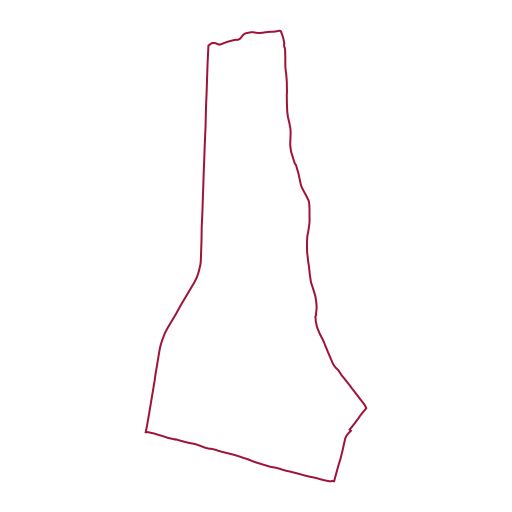 outline of Huai Khwang, Bangkok Metropolis, Thailand
{"feature_id": "78962969B70795195201443", "entity_name": "Huai Khwang", "entity_type": "district", "adm_level": 2, "iso_a3": "THA", "parent_name": "Thailand", "parent_adm1": "Bangkok Metropolis", "projection": "equal_earth", "projection_center": [100.586, 13.772], "detail": "fine", "context": "isolated", "style": "outline", "palette": "rose", "viewbox_px": 512, "rotation_deg": 0, "n_neighbors": 0, "source": "geoboundaries", "source_scale": "gbopen_adm2", "svg_char_len": 5563}
<svg xmlns="http://www.w3.org/2000/svg" viewBox="0 0 512 512"><path d="M366.3,408.1L364.5,404.6L360.5,399.5L351.4,387.7L349.3,384.8L344.9,379.3L341.4,375.0L340.7,373.8L338.4,370.3L338.0,370.0L337.7,369.6L335.9,367.9L335.5,367.5L334.6,366.3L334.3,365.9L333.5,364.6L332.9,363.6L332.5,362.8L332.5,362.7L328.2,352.7L327.0,349.7L326.3,348.0L325.8,347.0L324.4,343.3L323.2,340.5L323.0,340.1L319.9,334.1L319.4,332.9L317.5,328.5L316.9,326.5L316.6,325.4L316.2,323.1L315.8,321.6L315.8,321.4L315.7,320.0L315.7,319.4L315.7,318.8L315.6,318.6L315.4,317.6L315.4,317.4L315.4,317.1L315.4,316.9L315.4,316.5L315.5,316.4L315.6,316.2L315.8,315.8L316.0,315.4L316.1,315.2L316.0,313.9L316.3,311.6L316.5,309.6L316.5,309.2L316.6,306.7L316.6,306.0L316.5,305.2L316.2,301.9L315.9,299.6L315.3,296.1L314.8,294.3L312.8,287.8L311.3,283.3L310.7,281.1L310.7,280.6L309.8,274.3L309.1,267.8L309.0,266.9L308.2,261.7L308.0,260.2L307.8,257.8L307.1,252.4L307.0,247.2L307.0,244.3L307.0,242.8L307.0,242.1L307.0,241.6L307.3,236.7L307.4,235.4L307.7,234.4L307.8,233.8L307.8,233.7L308.1,232.5L308.2,232.2L308.2,231.7L308.8,227.7L309.4,223.6L309.6,219.6L309.5,216.6L309.5,215.8L309.5,215.1L309.5,209.3L309.4,206.9L309.4,206.0L309.1,203.0L309.1,202.9L308.9,201.7L308.7,200.8L308.6,200.5L307.5,198.3L306.1,195.5L304.3,192.2L302.8,189.4L301.6,187.0L301.0,185.1L300.7,184.1L299.6,178.9L298.4,173.3L297.9,171.4L297.5,170.3L296.3,166.1L296.1,165.4L295.9,165.0L295.7,164.8L295.2,164.1L295.1,163.9L295.0,163.7L294.8,163.4L294.7,163.2L293.1,158.3L293.1,158.1L292.6,156.6L291.4,152.8L291.1,151.5L290.9,150.5L290.7,149.0L290.4,147.0L290.3,146.0L290.3,145.5L290.2,145.2L290.2,144.3L290.2,143.8L290.4,138.9L290.6,133.5L290.6,131.7L290.6,130.8L290.2,127.3L290.1,126.9L289.4,123.2L289.0,121.5L288.0,117.4L287.8,116.1L287.6,114.4L287.3,112.0L287.2,110.8L286.9,102.9L286.8,97.2L286.8,96.8L286.8,94.0L287.0,92.4L286.9,87.9L286.8,81.7L286.2,74.0L285.9,71.9L285.7,70.4L285.6,69.5L285.5,67.9L285.3,66.1L285.3,65.4L285.3,64.7L285.3,62.9L285.3,61.7L285.3,57.6L285.2,54.2L285.2,51.3L285.1,50.8L284.9,48.5L284.9,48.2L284.6,47.6L284.4,47.3L284.3,47.0L284.2,46.3L284.1,45.3L284.1,44.6L284.2,42.8L284.2,42.7L284.0,41.8L283.7,40.1L283.0,37.3L281.8,33.5L281.3,32.7L281.2,32.3L281.1,32.0L281.1,31.7L280.5,31.0L279.9,30.8L279.7,30.7L279.3,30.8L279.1,30.8L275.3,31.5L275.1,31.6L274.6,31.6L274.3,31.6L274.0,31.7L273.5,31.7L270.6,31.8L268.4,31.9L267.6,32.0L266.5,32.2L265.9,32.2L262.2,32.8L259.4,33.0L257.6,32.9L256.1,32.8L253.7,32.3L252.8,32.2L251.5,32.2L246.5,33.1L246.3,33.1L245.9,33.3L245.6,33.4L244.7,33.8L244.4,34.0L243.7,34.5L242.3,35.9L241.0,37.7L240.8,37.8L239.7,39.0L238.5,39.5L238.4,39.6L238.2,39.7L238.0,39.8L237.8,39.8L237.7,39.8L235.6,39.8L235.4,39.8L232.0,40.6L231.0,40.8L226.8,42.0L221.9,43.9L221.4,44.1L219.4,44.6L219.2,44.7L218.5,44.4L217.9,44.1L217.3,43.9L216.5,43.6L216.4,43.5L215.4,43.2L215.1,43.1L214.7,43.1L212.8,43.0L212.1,43.1L211.7,43.2L211.4,43.4L210.4,44.1L209.9,44.5L208.4,45.6L208.4,46.1L207.6,62.8L207.1,77.3L207.0,79.8L207.0,81.0L206.6,92.7L206.0,107.3L205.5,128.0L205.1,136.1L204.7,146.5L204.2,160.1L203.7,172.8L203.3,186.1L202.9,196.4L202.4,212.3L201.7,227.0L201.5,240.5L201.3,246.5L200.9,258.6L200.7,262.0L200.4,264.8L199.4,268.9L198.4,272.9L196.8,277.4L194.4,282.3L189.0,291.4L181.9,303.3L175.9,314.1L168.4,326.6L166.7,329.6L164.9,333.1L162.6,339.1L160.9,344.2L160.4,346.2L160.3,346.4L159.5,350.4L158.2,358.2L155.3,375.5L154.8,379.6L149.2,413.2L146.8,426.8L145.7,432.2L146.6,432.3L147.4,432.2L147.8,432.1L148.6,432.3L149.6,432.5L151.8,433.0L152.0,433.1L152.7,433.2L153.1,433.3L153.4,433.3L154.4,433.6L157.6,434.6L158.2,434.8L162.4,436.0L167.4,437.7L168.6,438.1L170.7,438.5L171.9,438.8L172.3,438.8L172.7,438.9L174.0,439.2L174.2,439.3L174.7,439.4L175.1,439.5L175.4,439.6L175.5,439.6L175.8,439.3L176.0,439.4L176.3,439.5L176.5,439.5L177.6,439.9L185.2,442.0L185.7,442.1L185.9,442.2L186.6,442.3L188.5,442.8L193.9,443.8L194.0,443.9L194.7,444.0L195.2,444.1L197.1,444.7L197.3,444.8L197.6,444.9L199.3,445.5L200.0,445.7L200.7,446.0L202.2,446.6L202.6,446.7L203.4,447.0L204.1,447.3L204.7,447.6L207.4,448.3L209.3,448.7L211.4,448.8L211.8,448.9L214.2,449.5L214.9,449.6L218.3,450.8L219.5,451.1L220.6,451.4L222.1,451.9L226.4,452.9L229.5,453.7L232.4,454.4L233.8,454.8L234.6,455.0L238.5,456.2L239.4,456.5L240.9,457.0L241.0,457.0L242.5,457.6L244.3,458.2L245.3,458.4L245.5,458.5L245.8,458.6L246.9,459.0L247.4,459.2L247.7,459.2L247.7,459.3L247.8,459.3L248.1,459.4L248.3,459.5L248.5,459.6L248.8,459.7L250.0,460.1L250.3,460.2L250.5,460.3L252.5,461.2L254.2,461.8L254.6,462.0L254.8,462.0L255.2,462.2L255.8,462.3L256.5,462.6L256.9,462.7L257.0,462.7L257.5,462.9L259.1,463.4L259.6,463.5L260.8,463.9L261.0,463.9L261.1,464.0L264.5,465.0L266.1,465.5L267.5,465.9L268.4,466.2L269.3,466.5L270.0,466.7L270.3,466.7L270.9,466.9L272.8,467.2L273.9,467.4L274.3,467.5L275.1,467.6L275.6,467.7L277.3,468.1L278.3,468.4L279.5,468.7L280.9,469.2L281.4,469.4L281.6,469.5L282.0,469.6L282.5,469.7L282.9,469.8L283.2,469.9L283.5,470.0L285.9,470.7L290.2,471.6L291.7,472.0L295.3,472.9L299.9,474.1L303.2,475.1L308.8,476.5L311.0,476.9L316.9,478.2L320.2,479.2L324.1,480.2L329.6,481.3L331.2,481.3L331.4,481.2L331.5,481.2L332.1,480.8L334.1,481.3L334.9,478.3L338.4,465.5L338.6,464.8L340.5,458.8L341.1,456.3L342.4,451.1L343.6,445.7L344.0,443.7L344.4,442.1L345.3,438.2L345.7,437.4L346.3,436.1L346.9,435.2L347.9,433.9L348.0,433.8L348.1,433.7L348.3,433.5L348.3,433.4L349.5,432.2L349.7,431.9L350.3,431.4L350.9,430.8L349.6,429.7L354.4,423.7L357.2,419.9L357.8,419.2L360.3,415.5L361.7,413.8L362.5,412.7L365.2,409.5L366.3,408.1Z" fill="none" stroke="#9f1239" stroke-width="2"/></svg>